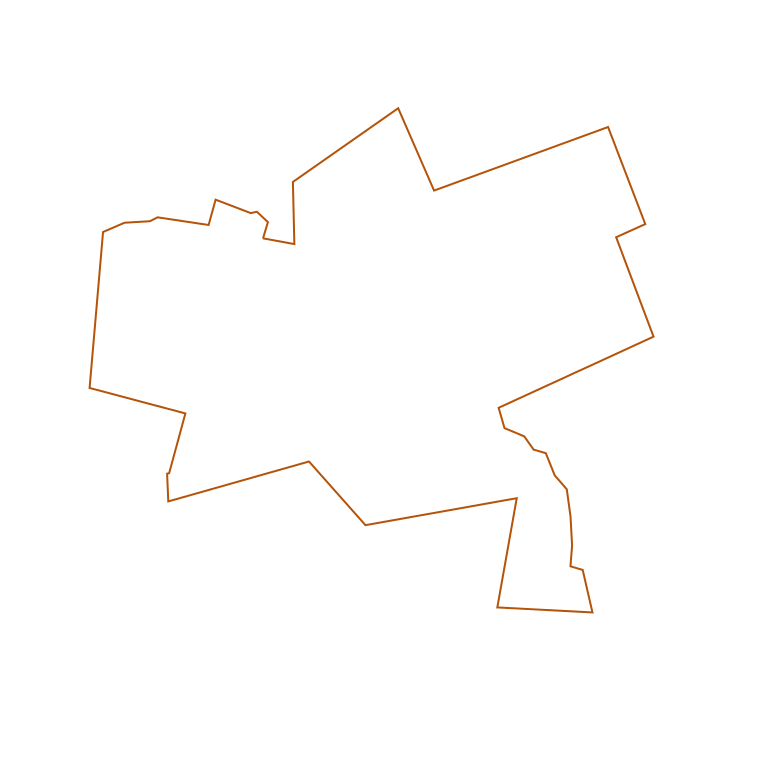 Redcliff, Midlands, Zimbabwe, rotated 168°
{"feature_id": "62879985B17872129948675", "entity_name": "Redcliff", "entity_type": "district", "adm_level": 2, "iso_a3": "ZWE", "parent_name": "Zimbabwe", "parent_adm1": "Midlands", "projection": "mercator", "projection_center": [29.763, -19.011], "detail": "fine", "context": "isolated", "style": "outline", "palette": "amber", "viewbox_px": 768, "rotation_deg": 168, "n_neighbors": 0, "source": "geoboundaries", "source_scale": "gbopen_adm2", "svg_char_len": 753}
<svg xmlns="http://www.w3.org/2000/svg" viewBox="0 0 768 768"><g transform="rotate(168 384 384)"><path d="M319.6,141.9L227.6,117.2L228.3,160.8L239.5,166.9L233.6,186.9L229.1,215.6L227.1,243.0L236.0,259.1L240.1,282.7L251.3,288.7L257.7,303.6L275.3,315.8L276.8,336.7L276.8,336.9L223.9,348.8L207.3,352.5L195.6,355.2L186.8,357.1L110.5,374.3L116.1,411.0L126.4,479.3L95.2,486.1L111.4,588.8L294.8,562.8L312.8,650.8L431.1,600.6L442.6,539.5L471.5,551.4L471.6,552.4L463.9,566.5L472.5,578.9L474.6,578.9L476.6,578.9L478.7,578.8L510.4,599.3L522.5,576.0L570.8,594.1L579.2,591.9L604.3,595.7L627.2,591.1L672.8,441.3L584.4,396.5L612.7,341.4L614.8,341.4L619.4,314.0L473.5,323.8L431.5,249.8L277.9,244.7L319.6,141.9Z" fill="none" stroke="#b45309" stroke-width="2"/></g></svg>